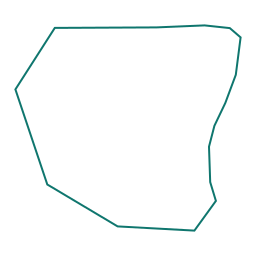 the Municipality of Yevlakh
{"feature_id": "AZE-5566", "entity_name": "Yevlakh", "entity_type": "Municipality", "adm_level": 1, "iso_a3": "AZE", "parent_name": "Azerbaijan", "parent_adm1": "", "projection": "equal_earth", "projection_center": [47.164, 40.605], "detail": "fine", "context": "isolated", "style": "outline", "palette": "teal", "viewbox_px": 256, "rotation_deg": 0, "n_neighbors": 0, "source": "natural_earth", "source_scale": "10m", "svg_char_len": 308}
<svg xmlns="http://www.w3.org/2000/svg" viewBox="0 0 256 256"><path d="M204.6,25.4L229.8,28.1L240.6,37.4L235.8,74.8L225.3,103.0L214.4,125.8L209.0,146.7L210.2,182.1L215.9,200.9L194.4,230.6L117.6,226.4L47.3,184.5L15.4,89.4L54.8,27.9L156.5,27.4L204.6,25.4Z" fill="none" stroke="#0f766e" stroke-width="2"/></svg>